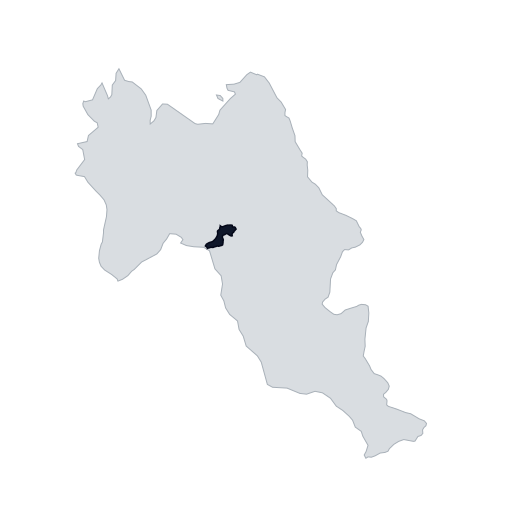 Hamju, Hamgyŏng-namdo, North Korea shown in context, rotated 100°
{"feature_id": "82179303B5529079256515", "entity_name": "Hamju", "entity_type": "district", "adm_level": 2, "iso_a3": "PRK", "parent_name": "North Korea", "parent_adm1": "Hamgyŏng-namdo", "projection": "mercator", "projection_center": [127.263, 39.9], "detail": "fine", "context": "in_parent", "style": "filled", "palette": "ink", "viewbox_px": 512, "rotation_deg": 100, "n_neighbors": 0, "source": "geoboundaries", "source_scale": "gbopen_adm2", "svg_char_len": 4338}
<svg xmlns="http://www.w3.org/2000/svg" viewBox="0 0 512 512"><g transform="rotate(100 256 256)"><path d="M304.7,387.6L302.7,388.8L299.3,394.9L296.1,402.6L293.0,406.8L289.4,409.1L285.6,410.5L278.0,411.1L271.2,410.5L268.9,409.7L259.5,410.2L256.8,410.7L243.3,410.1L236.2,410.8L231.7,412.3L227.1,415.4L223.2,420.1L219.7,425.1L212.6,434.3L207.6,438.7L207.6,445.2L207.5,447.1L205.8,448.5L205.2,447.9L202.3,447.4L190.8,441.5L181.3,445.1L178.9,449.8L176.4,451.3L172.6,442.2L166.4,441.9L156.6,433.8L152.4,435.5L151.3,438.7L146.0,446.1L138.5,452.2L136.0,453.0L133.3,452.6L133.7,450.9L130.6,444.1L118.7,441.3L114.4,438.4L112.3,437.7L123.9,430.1L126.9,428.7L124.7,426.9L122.2,426.0L112.6,427.2L107.6,424.7L100.4,425.5L95.4,423.5L105.8,415.9L106.3,411.5L106.1,408.1L111.4,398.0L116.8,392.5L130.5,384.6L136.5,383.5L140.9,383.8L144.4,383.1L140.7,380.0L137.0,378.6L129.9,378.9L122.5,374.4L121.9,369.6L136.2,339.0L136.4,336.3L134.2,328.8L133.4,321.5L123.2,317.3L118.6,316.8L105.4,308.6L100.2,304.4L98.1,305.7L97.7,312.3L95.8,313.7L92.4,315.0L90.6,307.5L87.8,302.0L79.0,296.5L75.9,293.4L77.4,286.8L76.7,286.2L78.1,278.8L83.4,273.0L96.6,262.8L100.0,258.0L106.6,252.3L109.6,252.4L112.7,251.9L113.7,249.5L114.4,247.5L117.1,245.8L123.5,242.6L130.8,238.5L136.6,237.3L143.8,231.1L146.7,228.4L149.6,228.4L150.4,227.1L152.0,223.9L154.3,221.8L157.5,221.4L162.6,219.9L169.1,219.0L173.5,213.8L175.0,210.0L178.0,205.9L184.2,201.4L188.4,194.8L193.1,187.5L195.4,185.2L197.6,184.8L198.9,182.0L200.4,174.3L202.6,166.8L203.9,163.3L209.3,159.4L210.7,157.6L212.0,156.9L214.5,157.4L217.9,155.2L221.1,152.6L224.0,153.5L227.0,155.6L230.1,159.8L231.4,163.1L233.9,165.9L234.3,169.9L236.8,171.6L242.0,172.5L250.5,175.2L255.9,175.4L259.1,177.4L265.6,178.6L278.8,177.0L284.1,177.9L286.4,180.4L289.7,182.4L291.9,182.5L294.8,179.1L297.9,173.5L299.9,169.2L299.8,165.9L298.0,162.2L293.7,158.8L290.9,153.5L288.2,148.1L286.6,146.3L285.3,143.7L285.0,139.6L286.0,136.9L292.5,135.0L300.9,134.0L307.7,135.1L319.0,134.3L326.0,132.8L331.1,133.0L335.9,133.0L338.0,130.7L344.6,125.0L347.8,123.0L351.3,119.2L351.9,115.2L352.6,112.0L354.6,108.5L358.0,104.2L361.0,102.2L364.3,102.5L367.8,104.5L370.0,106.4L372.5,105.9L374.5,102.5L375.9,101.8L379.9,101.5L381.1,99.5L382.6,89.5L384.2,81.7L384.5,76.2L388.0,67.1L389.1,61.6L391.3,59.0L393.7,59.2L395.7,60.8L398.3,61.8L401.7,60.9L404.1,62.3L405.6,65.2L410.7,67.3L411.2,68.7L411.1,78.6L413.8,83.3L417.5,87.5L422.6,91.2L425.3,92.1L427.0,94.8L428.5,99.5L432.1,104.0L434.1,107.4L434.4,110.8L436.1,112.7L433.2,114.9L429.4,113.6L423.0,112.8L414.9,119.5L410.4,121.9L407.3,128.5L400.9,132.4L397.5,136.6L393.0,143.8L390.0,150.8L383.2,157.9L379.2,166.8L379.0,174.4L383.3,182.2L383.7,188.9L380.7,202.5L382.4,216.9L380.5,222.5L359.6,232.4L354.1,237.3L346.4,250.0L337.1,254.7L331.3,259.9L323.2,262.9L318.1,271.8L312.4,276.9L305.7,279.9L300.7,283.9L289.4,284.1L281.5,286.9L275.8,294.2L258.9,302.7L256.5,309.1L257.7,318.9L257.8,326.3L256.3,332.5L252.6,330.8L250.6,332.8L248.4,338.5L249.0,344.9L254.8,347.0L259.6,349.7L266.3,351.0L271.2,354.0L281.8,367.6L290.4,373.6L292.6,375.8L297.6,378.8L302.1,383.4L304.7,387.6ZM107.5,320.8L104.3,322.9L104.2,319.1L106.6,316.0L109.2,315.5L107.5,320.8Z" fill="#d9dde1" stroke="#a8b0b8" stroke-width="1"/><path d="M252.9,294.4L252.0,292.7L251.5,291.5L250.8,290.8L249.9,290.8L248.6,290.8L247.4,291.0L245.8,291.0L244.6,291.6L243.9,292.2L243.0,292.4L241.7,292.4L240.9,291.6L240.4,290.5L239.5,289.7L238.9,288.7L239.3,287.4L239.7,286.6L240.1,285.6L240.5,284.4L240.5,283.5L240.2,282.9L239.3,283.3L238.1,283.3L237.2,282.9L236.5,282.1L235.8,282.1L234.8,281.4L234.1,281.0L233.4,280.6L233.0,280.3L232.0,281.0L231.4,281.6L231.2,282.0L231.2,282.5L231.2,282.9L231.5,283.6L231.6,284.0L231.3,284.4L231.0,284.5L230.1,284.6L229.8,285.0L230.0,286.8L230.3,288.0L230.5,289.3L230.8,290.0L231.4,291.3L232.7,293.4L232.9,293.8L233.1,294.2L233.0,295.1L232.8,295.9L232.5,296.4L233.2,296.3L234.0,296.5L234.7,296.5L235.8,296.5L236.7,297.1L237.3,297.7L238.0,298.2L238.7,298.2L239.9,297.8L240.6,297.6L241.7,297.6L243.4,297.8L244.3,298.2L246.0,298.8L247.2,299.7L248.5,300.5L249.6,301.7L250.3,303.2L250.9,304.4L252.1,305.9L253.0,306.9L254.9,307.6L255.1,307.1L255.8,306.0L256.6,305.1L256.9,305.1L256.4,304.3L255.9,303.0L255.2,302.0L255.2,300.7L254.9,299.5L254.1,298.3L253.6,297.0L252.9,296.2L252.9,294.4Z" fill="#0f172a" stroke="#020617" stroke-width="1.5"/></g></svg>